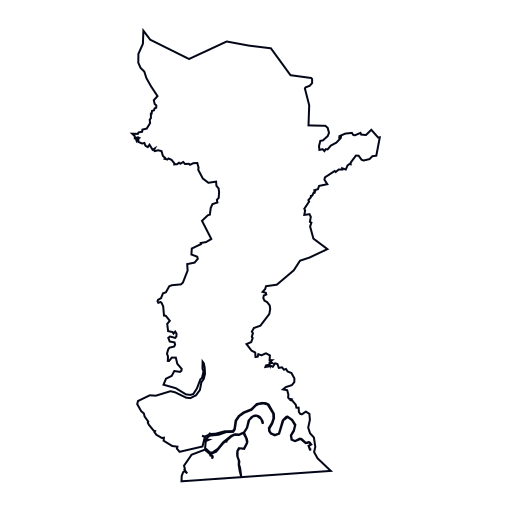 outline of Choluteca, Choluteca, Honduras
{"feature_id": "27666195B45009798989727", "entity_name": "Choluteca", "entity_type": "district", "adm_level": 2, "iso_a3": "HND", "parent_name": "Honduras", "parent_adm1": "Choluteca", "projection": "robinson", "projection_center": [-87.236, 13.254], "detail": "fine", "context": "isolated", "style": "outline", "palette": "ink", "viewbox_px": 512, "rotation_deg": 0, "n_neighbors": 0, "source": "geoboundaries", "source_scale": "gbopen_adm2", "svg_char_len": 6106}
<svg xmlns="http://www.w3.org/2000/svg" viewBox="0 0 512 512"><path d="M379.8,137.3L378.1,137.5L371.3,129.8L366.0,135.0L361.2,134.6L360.5,132.9L354.8,135.3L353.1,134.8L351.9,132.9L345.3,133.6L339.5,136.1L339.3,137.4L340.9,137.1L340.7,138.1L336.4,142.6L330.8,145.6L327.6,149.4L325.7,149.2L324.4,151.1L322.7,149.2L319.4,149.9L319.0,146.2L320.3,140.9L322.9,140.4L327.7,136.1L329.0,132.9L327.7,127.9L325.4,125.8L308.5,125.4L309.2,105.3L304.9,88.5L305.5,87.4L309.7,85.8L312.1,83.1L312.1,79.0L311.2,78.0L290.5,75.2L270.9,48.3L248.8,45.6L226.7,41.5L189.0,59.0L150.2,39.7L143.4,30.7L142.9,43.8L138.4,53.9L138.3,62.7L140.5,67.8L144.3,71.6L146.4,78.1L151.0,86.3L157.5,96.1L153.8,100.2L154.7,104.0L156.3,105.4L156.2,107.7L154.6,108.4L154.0,110.3L152.0,110.9L151.6,113.7L150.9,113.7L150.9,118.1L149.7,119.7L150.1,123.1L146.7,128.6L142.4,129.6L142.1,131.8L138.6,132.4L137.8,133.9L132.2,133.7L134.8,136.2L134.8,138.2L138.0,137.3L139.2,137.9L136.2,139.8L136.6,140.8L137.2,139.6L138.4,140.0L138.3,141.9L142.1,143.5L144.4,143.0L145.5,145.8L147.8,147.1L149.5,144.7L152.6,149.8L154.7,148.5L154.0,149.8L154.6,151.1L158.2,150.3L161.5,151.1L162.9,155.9L165.1,157.9L164.6,158.8L167.4,159.5L168.5,158.5L171.5,159.8L174.5,163.5L174.3,164.4L177.1,164.2L179.0,162.7L180.4,163.7L183.2,162.0L185.0,164.0L188.9,163.8L190.0,164.8L193.3,163.2L197.3,163.0L198.6,167.8L198.2,169.7L202.8,178.5L208.4,182.8L216.1,181.6L216.4,185.7L218.6,188.5L219.1,192.2L218.7,197.9L216.9,199.8L217.4,202.5L212.5,204.1L210.7,208.0L209.9,214.6L207.8,215.3L202.0,220.8L211.3,239.0L206.0,242.1L200.7,243.0L201.0,244.1L191.8,248.5L191.4,254.5L197.2,256.7L197.8,258.8L194.6,262.6L187.2,264.1L187.6,270.6L182.9,282.6L180.9,284.4L171.9,285.2L169.2,286.3L165.9,292.3L163.0,293.3L161.0,298.2L158.1,299.8L157.5,301.1L158.3,302.8L160.5,302.0L161.6,302.9L163.2,306.4L164.0,315.6L165.7,315.7L169.8,320.8L167.2,323.9L168.1,331.1L172.6,332.1L173.5,333.6L175.2,331.6L176.5,333.7L176.4,336.4L175.2,337.9L170.1,336.5L168.3,337.8L169.7,341.5L174.5,342.4L175.1,344.6L174.2,346.5L169.4,347.7L168.2,349.3L167.0,353.7L168.0,356.6L167.8,360.9L169.0,361.0L171.8,357.6L175.8,357.6L177.3,363.8L181.7,368.9L181.4,370.8L180.0,371.9L174.3,371.0L171.7,375.9L166.0,378.7L163.5,384.7L175.8,388.2L186.0,394.4L190.4,394.9L193.3,394.0L196.9,388.5L200.4,379.3L202.0,377.9L203.5,371.5L202.5,368.7L202.6,361.7L203.8,363.3L204.7,367.8L205.0,373.9L203.7,379.0L201.4,382.3L199.9,390.0L196.0,395.3L190.4,398.1L186.2,397.7L175.1,392.3L170.5,391.2L155.8,395.7L149.8,395.3L138.0,401.0L137.2,404.1L141.2,411.2L143.9,413.5L144.6,416.5L148.3,421.7L147.8,422.7L148.9,424.8L153.7,430.7L155.1,431.1L154.5,432.2L156.4,434.8L161.9,438.0L163.9,437.7L163.6,440.7L172.2,446.0L177.4,446.7L176.9,448.6L179.6,451.8L202.5,446.5L204.8,437.1L202.1,435.6L204.7,436.6L210.1,434.2L209.1,433.0L210.6,434.0L215.7,433.7L224.6,431.3L232.8,431.1L234.4,428.9L235.6,420.5L238.7,416.0L243.5,412.4L251.4,409.2L256.7,404.0L261.9,402.9L265.7,403.1L268.6,404.4L273.9,413.7L274.1,418.2L272.3,423.6L269.4,428.6L269.7,431.3L271.2,433.4L274.9,434.8L278.9,433.6L282.7,420.4L286.2,416.8L287.5,416.5L292.2,419.8L295.4,424.8L293.9,431.0L291.1,435.6L291.9,439.7L295.1,441.0L299.7,438.6L301.5,438.9L305.9,442.9L308.7,442.0L309.8,442.5L311.3,444.5L308.8,445.8L309.9,449.1L311.1,449.5L309.9,449.7L308.5,445.8L311.0,444.5L309.3,442.5L305.7,443.2L300.6,439.0L295.0,441.2L291.5,439.7L290.8,435.4L293.8,430.2L295.0,425.3L292.0,420.2L287.7,417.1L283.4,420.2L279.2,433.7L274.8,435.4L270.8,433.6L269.1,431.1L268.8,428.0L272.0,422.8L273.4,418.4L273.2,413.6L267.6,404.5L263.4,403.5L258.5,404.1L255.7,405.6L251.5,409.9L244.1,412.8L239.3,416.2L236.2,420.8L234.8,429.5L233.2,431.9L226.2,432.1L218.8,434.7L209.6,435.7L206.0,438.8L205.8,440.6L207.8,439.7L208.8,439.8L205.8,441.1L205.1,448.0L209.9,452.4L212.3,452.6L217.8,448.8L223.3,442.1L231.3,435.7L235.0,434.2L239.1,434.5L244.0,432.3L246.9,427.7L248.5,420.7L251.4,417.2L254.0,415.7L255.9,415.4L258.4,416.0L260.1,417.2L262.5,420.9L262.9,422.4L262.8,423.8L261.1,418.9L256.7,415.8L253.0,416.4L249.3,419.9L247.2,427.7L244.1,432.7L246.9,439.0L247.4,441.7L247.1,443.2L244.2,448.9L239.5,448.3L237.6,451.0L237.6,456.6L239.4,461.5L239.0,464.4L240.1,467.9L241.3,477.0L239.7,471.1L238.7,464.8L238.8,460.7L237.2,456.0L237.1,453.0L237.4,450.8L238.8,448.2L243.9,448.6L247.0,442.6L246.2,438.4L243.3,433.0L239.0,435.0L234.2,434.9L231.2,436.6L226.8,440.6L226.2,442.4L226.0,441.2L223.3,443.1L216.2,451.7L210.3,454.2L212.6,456.1L212.8,457.0L212.1,458.7L212.3,456.2L210.3,455.5L210.1,454.2L204.8,449.7L191.6,454.7L184.0,465.7L184.9,468.9L184.4,469.6L187.2,473.4L184.8,471.2L183.2,472.1L181.7,475.9L181.5,481.3L330.8,470.9L317.6,458.4L314.1,452.1L315.3,446.8L313.9,437.5L310.0,433.2L308.2,427.6L309.9,419.8L309.4,413.9L305.9,411.6L301.9,414.3L300.2,413.9L298.9,411.9L298.6,407.7L296.4,407.7L295.8,404.8L292.4,400.7L290.8,400.2L291.6,399.3L289.0,398.7L288.1,397.4L288.4,394.8L287.2,390.2L283.0,389.4L285.8,387.1L291.9,385.1L294.3,382.1L294.4,378.4L291.4,373.0L287.6,371.5L286.0,369.0L284.0,369.7L281.9,367.3L278.8,367.9L277.4,364.0L275.1,363.3L272.8,366.8L271.2,366.0L265.4,367.0L265.9,365.5L269.1,364.6L269.7,365.5L269.6,363.0L272.3,363.1L270.3,361.3L271.9,360.2L269.6,360.1L269.9,355.4L265.9,353.3L261.5,355.3L258.3,354.2L257.7,356.7L255.5,357.0L255.2,352.5L251.5,350.6L246.5,344.1L251.2,342.1L252.7,338.0L251.8,336.8L252.9,333.2L251.9,331.6L253.9,328.0L260.4,325.7L269.3,314.0L270.2,309.0L269.7,305.4L267.1,302.1L264.5,300.7L263.3,298.1L263.8,295.5L266.3,294.5L265.8,292.8L262.6,291.9L265.2,289.0L266.0,286.2L276.8,284.7L293.8,270.3L300.0,260.7L309.4,257.6L327.4,249.1L313.4,238.6L310.1,226.5L311.4,222.7L309.9,221.8L310.8,216.9L309.5,214.2L304.3,214.9L305.1,210.5L304.3,208.8L309.1,201.6L308.4,200.1L310.8,197.4L310.9,195.9L312.3,195.6L313.5,192.9L314.4,192.9L314.4,190.7L315.1,191.1L315.2,190.0L317.9,189.2L319.1,185.9L327.3,184.2L324.4,179.6L325.0,177.3L334.7,171.0L335.7,172.0L338.8,169.5L342.3,169.5L342.2,168.3L345.8,169.5L347.5,165.5L349.5,164.0L350.7,164.3L350.7,162.6L355.9,155.6L358.6,155.7L361.6,159.8L363.6,160.5L369.5,159.1L372.4,156.2L376.3,155.7L379.8,137.3Z" fill="none" stroke="#020617" stroke-width="2"/></svg>